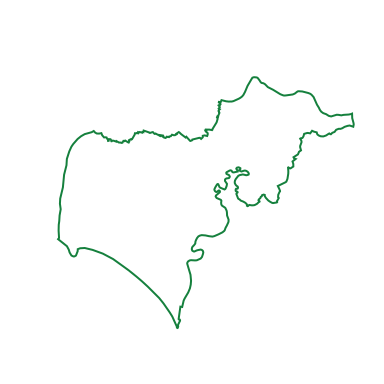 Hoang Hoa, Thanh Hóa, Vietnam (Mercator projection), rotated 110°
{"feature_id": "81297802B91620400281223", "entity_name": "Hoang Hoa", "entity_type": "district", "adm_level": 2, "iso_a3": "VNM", "parent_name": "Vietnam", "parent_adm1": "Thanh Hóa", "projection": "mercator", "projection_center": [105.839, 19.866], "detail": "fine", "context": "isolated", "style": "outline", "palette": "green", "viewbox_px": 384, "rotation_deg": 110, "n_neighbors": 0, "source": "geoboundaries", "source_scale": "gbopen_adm2", "svg_char_len": 6040}
<svg xmlns="http://www.w3.org/2000/svg" viewBox="0 0 384 384"><g transform="rotate(110 192 192)"><path d="M63.6,68.4L64.5,69.4L65.6,71.2L67.7,76.0L68.9,77.9L69.4,80.7L69.9,82.4L73.4,87.1L73.7,89.5L73.0,92.5L73.0,95.7L72.3,98.1L71.0,100.0L69.4,101.6L67.2,104.4L61.2,110.2L59.8,112.8L59.3,114.3L59.2,116.5L59.8,122.7L60.8,126.2L61.4,127.2L64.4,129.1L65.9,130.7L69.3,137.1L69.9,138.6L70.0,139.7L69.9,142.5L68.2,150.8L67.5,156.6L65.8,160.1L65.6,160.9L65.4,162.0L65.7,164.1L65.1,165.3L64.0,166.7L62.4,169.2L62.2,170.3L62.9,173.0L63.9,174.3L64.6,174.5L73.3,176.1L79.7,176.4L83.2,176.9L85.1,177.6L86.7,178.6L88.3,179.9L92.4,184.1L93.4,185.6L94.5,188.5L95.1,191.0L95.6,195.7L97.7,195.8L98.1,197.5L98.7,197.4L99.1,195.7L99.8,195.2L100.6,195.4L101.2,196.5L101.5,196.7L102.7,194.9L104.5,195.5L104.7,195.2L104.8,194.2L106.1,194.8L106.8,194.8L107.2,194.1L108.1,193.8L108.3,193.3L111.0,193.4L112.5,193.2L112.3,194.0L113.3,194.1L113.8,193.4L114.8,192.9L118.2,192.7L126.0,194.3L126.4,194.1L127.0,194.3L127.4,196.9L128.5,200.1L129.1,199.7L129.6,200.6L130.4,199.8L131.1,197.7L131.5,197.3L132.7,196.9L134.2,196.9L134.5,199.5L135.5,201.1L137.0,200.6L139.0,201.6L138.4,203.0L138.6,203.7L142.6,209.6L143.1,209.5L143.5,209.7L144.6,211.0L144.6,211.3L142.0,216.2L143.0,216.6L141.3,222.1L140.4,224.1L140.2,224.9L142.7,226.7L143.0,226.2L144.5,227.5L144.9,228.6L145.0,230.4L146.8,231.0L147.4,232.0L148.2,232.3L148.2,233.2L148.6,233.4L148.7,234.7L150.0,235.1L150.3,235.4L150.4,237.1L150.1,238.0L149.4,237.9L148.9,238.5L149.5,239.4L149.5,239.8L149.8,240.2L150.2,240.4L150.3,241.1L150.2,241.6L149.3,240.8L149.9,243.8L149.5,246.2L150.1,246.7L150.2,247.1L149.1,249.3L149.4,249.8L150.9,251.7L150.8,252.9L150.7,252.9L150.8,258.4L152.4,258.1L152.5,259.1L153.3,259.1L153.5,261.6L154.0,261.8L154.1,263.1L155.3,262.8L155.5,264.2L156.0,264.6L156.3,265.7L157.8,265.5L162.8,266.4L163.0,267.2L163.6,267.1L164.1,268.4L164.7,268.9L165.1,268.9L165.9,268.2L167.2,268.4L167.2,269.0L166.5,272.4L167.3,272.8L167.4,273.9L169.3,274.2L169.4,274.6L169.9,274.8L170.1,276.6L170.5,277.5L170.0,280.4L170.6,280.4L170.6,283.0L170.8,284.0L171.0,284.4L171.8,284.8L172.0,285.9L171.4,285.1L170.3,286.6L170.7,288.1L171.3,288.1L172.4,287.8L172.7,288.3L171.2,289.2L171.0,290.0L170.0,290.9L170.1,291.7L170.8,293.3L169.4,295.8L167.7,297.3L168.9,299.3L169.6,301.5L169.3,303.3L168.3,305.2L170.1,306.7L174.3,312.6L177.5,315.3L181.3,317.6L187.5,320.0L190.6,320.8L195.8,321.2L203.7,320.9L209.8,319.1L219.5,318.1L231.8,314.9L243.2,313.6L248.2,312.1L253.1,309.5L259.3,308.4L264.7,306.8L268.4,306.0L274.0,304.1L280.7,301.2L282.1,301.7L285.7,291.0L288.3,288.1L290.7,286.3L292.9,283.6L293.1,282.0L293.0,280.9L292.5,280.2L291.4,279.3L286.7,279.2L284.8,279.8L283.1,277.8L281.3,273.6L280.4,265.6L280.4,254.8L282.0,243.2L287.2,224.9L290.4,215.5L292.9,208.8L296.0,201.3L302.9,186.5L306.5,180.6L312.8,171.7L315.8,167.9L323.6,160.3L324.6,159.8L324.8,159.2L324.5,158.9L323.0,159.0L321.7,159.7L317.1,159.2L316.5,159.4L316.1,159.9L316.3,160.6L316.0,161.1L303.7,163.7L303.4,161.9L296.9,162.7L294.7,162.5L287.7,161.2L283.3,161.0L279.5,161.5L275.8,162.5L270.3,165.1L261.4,171.7L260.7,172.1L260.0,172.2L258.7,172.0L257.1,170.8L256.4,169.6L255.2,165.6L254.5,164.1L251.6,161.1L249.6,160.4L246.3,160.5L244.7,160.8L243.5,161.8L243.1,162.9L243.1,164.1L244.4,166.3L245.3,167.6L247.1,169.4L247.3,170.1L247.1,171.5L246.8,171.9L245.7,172.7L244.4,172.9L243.3,172.8L241.3,171.9L239.4,171.3L237.4,171.8L235.9,171.8L233.5,171.5L231.5,170.8L230.2,169.6L229.2,168.1L228.2,164.5L227.7,160.9L226.9,157.5L225.8,155.9L222.8,152.7L219.5,149.6L217.5,148.4L216.9,148.2L214.1,148.2L211.7,147.8L208.1,147.5L207.2,147.6L205.4,148.2L202.1,151.0L199.0,152.3L197.7,153.1L195.6,155.2L195.4,155.6L194.6,159.0L193.8,160.1L192.3,160.9L190.2,161.4L189.7,161.9L189.5,162.4L189.2,166.8L188.2,168.2L187.1,168.3L182.7,165.8L182.2,165.8L181.5,166.3L181.3,166.9L181.5,167.5L183.4,168.7L183.7,169.3L183.4,170.5L182.8,171.3L181.8,171.9L179.6,171.7L176.4,171.1L175.8,170.7L175.7,170.0L178.0,167.8L178.3,166.9L178.5,162.3L177.9,161.8L177.2,161.6L174.6,161.5L172.4,161.9L170.3,164.8L169.0,165.2L168.3,165.0L167.4,164.2L166.6,162.6L166.0,161.9L164.8,161.7L164.0,162.3L163.5,163.0L163.2,165.7L162.6,166.2L162.0,166.4L161.4,166.1L158.9,163.9L158.4,163.0L158.5,162.1L159.4,160.9L159.5,160.1L159.2,159.3L157.1,156.0L156.4,156.2L155.4,157.9L154.7,158.4L153.7,158.0L152.9,156.7L152.9,155.8L153.1,154.7L153.9,154.4L155.1,155.0L155.8,154.0L155.8,152.5L154.0,150.2L153.7,149.4L153.6,148.2L154.0,146.5L155.0,145.1L155.6,144.8L156.3,144.8L157.2,145.9L157.7,146.8L158.1,150.2L159.7,152.8L160.9,154.0L164.8,155.3L166.5,155.5L167.8,155.3L168.9,154.9L170.2,153.6L170.9,152.4L171.2,151.1L171.8,150.4L173.0,150.2L173.3,150.4L173.8,151.6L174.3,151.8L175.2,151.7L176.0,151.3L176.2,150.9L176.2,149.6L176.4,149.2L176.9,149.0L178.2,149.7L178.7,149.6L182.3,146.5L182.6,145.8L182.7,144.8L183.4,143.3L183.5,140.4L183.9,138.2L184.8,136.3L185.3,135.8L186.1,135.7L186.3,135.0L185.9,134.5L184.6,133.8L184.1,131.3L183.3,129.3L182.3,128.1L180.6,126.7L178.5,125.8L178.2,125.3L177.9,125.2L177.6,125.4L177.0,126.7L176.2,126.7L174.3,125.7L173.0,125.7L172.2,125.0L170.9,125.0L169.9,123.7L169.9,122.6L171.0,122.2L172.3,120.5L173.9,117.4L174.4,115.5L174.8,113.2L174.7,112.1L172.8,108.7L172.4,108.5L171.5,109.0L168.0,108.4L167.5,109.3L165.2,110.0L162.1,109.8L161.3,109.5L160.8,109.7L159.2,111.1L157.0,113.4L150.9,107.5L150.0,106.9L147.0,106.8L141.9,107.8L139.5,108.6L136.2,110.1L135.9,109.9L136.3,107.9L136.1,107.5L133.4,105.5L131.0,106.4L128.9,108.0L125.5,105.9L125.5,107.5L124.6,108.5L120.4,105.3L117.6,105.2L115.6,103.8L112.9,105.7L111.8,106.1L107.9,106.1L106.8,106.5L106.0,107.2L104.9,108.6L104.5,108.4L103.6,106.9L103.1,106.6L101.6,106.3L99.0,106.5L97.1,103.9L96.8,103.0L96.5,101.0L93.4,100.1L93.6,98.0L93.3,95.2L94.5,94.4L95.1,93.7L95.6,91.9L95.6,89.9L94.8,87.5L93.0,85.3L90.3,83.3L90.0,82.9L90.4,81.8L90.2,81.2L88.4,80.4L86.8,78.6L84.2,77.8L82.4,75.7L81.9,74.1L80.7,72.6L78.6,70.9L76.7,68.5L75.6,66.6L75.5,62.8L73.4,63.1L72.1,63.7L67.8,66.7L63.6,68.4Z" fill="none" stroke="#15803d" stroke-width="2"/></g></svg>